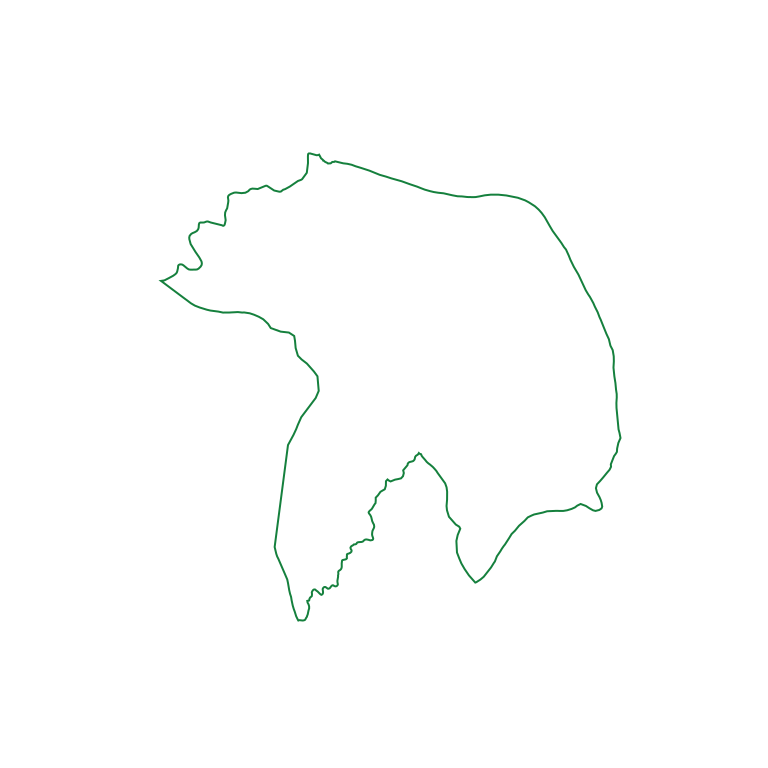 outline of Xieng Ngeun, Louangphrabang, Laos, rotated 132°
{"feature_id": "54806243B25944960154772", "entity_name": "Xieng Ngeun", "entity_type": "district", "adm_level": 2, "iso_a3": "LAO", "parent_name": "Laos", "parent_adm1": "Louangphrabang", "projection": "natural_earth1", "projection_center": [102.356, 19.612], "detail": "fine", "context": "isolated", "style": "outline", "palette": "green", "viewbox_px": 768, "rotation_deg": 132, "n_neighbors": 0, "source": "geoboundaries", "source_scale": "gbopen_adm2", "svg_char_len": 6166}
<svg xmlns="http://www.w3.org/2000/svg" viewBox="0 0 768 768"><g transform="rotate(132 384 384)"><path d="M456.6,618.7L453.2,581.4L452.3,577.0L450.5,572.2L447.4,565.5L445.6,562.2L441.0,555.5L438.7,551.5L434.7,547.1L428.3,540.7L425.8,537.2L424.4,535.8L421.3,531.1L419.5,527.0L417.8,522.0L416.7,517.0L416.9,510.3L418.2,505.6L414.2,495.8L409.4,489.1L408.4,482.9L411.4,479.1L416.4,473.7L420.6,466.9L420.9,461.7L420.4,455.0L421.6,444.4L422.8,438.6L432.8,427.9L440.1,425.4L464.0,423.3L472.0,420.7L476.2,419.1L482.4,417.2L493.6,414.5L578.3,356.2L582.3,350.4L583.7,347.9L584.5,345.8L590.9,331.8L594.0,325.1L596.2,322.1L600.7,316.4L602.8,313.4L604.4,310.6L606.5,308.0L609.7,303.6L611.6,300.5L612.8,298.2L615.4,293.8L616.9,290.1L617.1,289.4L616.9,289.3L616.2,289.0L614.3,286.3L613.4,285.5L612.5,285.0L611.9,284.9L611.2,285.0L610.2,285.3L608.4,285.6L608.0,285.9L606.3,286.5L602.9,288.5L600.8,289.5L599.3,290.9L598.2,292.7L598.0,293.4L597.6,294.5L596.5,295.9L596.2,295.7L595.3,294.9L594.9,294.8L594.5,295.0L593.8,295.5L593.0,295.8L592.1,296.0L590.1,295.7L589.7,295.9L588.3,296.9L587.2,298.2L586.5,298.5L585.7,298.7L584.3,298.8L583.7,298.6L583.2,298.2L582.8,297.6L582.8,295.8L582.6,294.6L582.8,291.1L582.7,289.9L582.6,289.5L581.7,289.1L580.7,289.2L579.7,289.8L579.2,290.3L577.5,292.3L576.8,292.6L576.1,292.7L575.4,292.7L574.6,292.3L574.1,291.7L573.9,290.8L573.8,289.5L573.7,288.8L573.4,288.4L572.4,287.8L571.9,287.7L569.5,287.9L568.2,287.7L567.8,287.3L567.5,286.8L567.4,285.7L566.9,284.7L566.0,284.0L565.4,283.9L564.7,283.9L564.2,284.0L563.7,284.3L562.4,286.0L561.5,286.9L560.1,287.8L559.3,288.3L557.9,289.2L557.1,290.0L555.7,290.8L554.4,292.2L553.7,292.5L552.9,292.5L551.4,292.1L550.8,292.1L550.1,292.1L549.5,292.3L548.7,292.7L548.1,293.1L545.6,295.4L543.6,296.8L543.2,297.0L542.7,297.0L542.3,296.8L539.9,295.1L539.1,294.9L538.5,294.9L538.2,295.0L537.4,296.0L536.5,296.5L535.9,297.2L535.4,297.5L534.8,297.5L533.5,296.7L532.0,296.1L530.5,296.0L529.6,296.5L529.3,296.9L529.1,297.3L528.9,298.2L528.4,299.0L528.1,299.4L527.1,299.7L526.3,299.7L524.4,299.1L523.3,299.0L522.7,298.3L521.7,297.7L521.3,297.6L519.9,297.8L519.5,297.7L518.5,297.0L516.4,295.0L515.6,294.5L515.2,294.3L513.3,294.2L512.3,293.9L511.4,293.2L511.1,292.8L510.2,291.3L509.5,289.8L509.0,289.2L508.0,288.5L507.6,288.2L507.1,288.2L506.6,288.3L506.1,288.6L505.5,289.5L504.6,291.2L503.7,292.3L501.8,293.7L500.8,294.3L497.7,295.2L496.7,295.7L496.3,296.1L495.3,297.3L494.6,299.2L493.8,301.0L491.6,304.2L491.2,304.9L490.6,306.5L490.2,308.6L489.8,309.4L489.3,309.7L487.8,309.8L485.7,309.5L484.7,309.5L479.8,310.5L478.2,310.6L476.2,312.1L474.0,314.1L470.9,314.0L466.4,314.5L461.7,313.0L458.4,314.5L454.9,317.5L452.6,317.5L452.5,315.7L452.0,313.9L447.7,311.8L445.2,309.9L442.7,308.2L439.8,308.2L436.9,309.7L435.3,312.0L428.9,312.2L428.2,312.4L427.6,312.9L426.8,313.1L426.1,313.1L425.1,312.9L422.7,311.3L421.8,310.8L421.1,310.7L420.2,310.7L419.6,310.8L417.2,312.1L415.9,312.2L413.8,311.6L412.0,311.9L412.1,311.2L411.9,310.5L411.4,309.7L411.5,309.2L412.1,308.1L412.4,306.7L412.9,302.5L413.3,300.2L413.3,297.9L413.1,296.2L413.0,293.2L413.0,291.8L413.3,288.9L413.6,286.8L414.2,284.7L416.9,272.1L418.9,268.4L421.8,265.0L427.8,259.7L432.8,255.9L435.7,252.7L439.2,246.9L440.4,236.6L439.7,232.6L440.5,230.5L446.9,228.2L452.2,225.2L460.4,217.0L463.2,211.5L465.6,206.4L467.6,200.2L469.4,192.8L470.5,183.3L469.6,182.8L464.8,181.5L460.5,180.9L448.7,181.7L443.1,182.7L441.8,182.8L436.5,184.8L430.5,185.6L427.5,186.2L424.3,186.6L422.4,186.7L414.9,187.9L410.1,188.8L405.4,188.5L399.0,188.8L391.9,188.0L386.9,187.9L383.2,186.4L380.6,185.2L373.2,179.9L369.4,177.6L363.0,171.1L360.5,168.2L358.2,165.7L355.3,163.4L351.3,161.0L347.9,159.5L345.1,159.0L341.6,157.6L339.5,152.3L338.9,148.3L338.0,144.2L336.8,141.9L333.5,139.7L330.9,139.1L329.1,139.8L326.7,142.8L325.2,145.3L323.9,148.1L322.2,153.0L319.6,156.8L316.1,158.6L311.5,158.5L306.9,158.6L300.8,158.9L296.8,159.0L293.6,159.9L291.9,161.7L283.6,164.8L280.6,165.1L278.6,165.5L275.9,167.6L271.0,170.4L265.9,172.1L262.8,176.2L260.8,179.3L246.2,195.2L242.6,198.6L238.3,202.0L235.7,204.4L233.0,207.7L228.4,212.7L224.1,218.0L218.3,224.4L213.3,228.4L209.7,231.8L205.8,236.7L204.0,241.4L200.2,246.9L197.9,252.3L194.4,259.5L191.2,266.0L190.1,268.6L187.7,273.2L185.4,279.1L183.8,282.6L181.5,289.2L180.8,292.1L179.3,296.9L172.6,312.7L169.9,321.3L166.9,328.7L165.0,332.5L162.3,338.7L161.8,341.9L160.5,346.5L157.4,361.1L155.7,366.5L152.5,376.1L151.4,381.2L150.9,385.7L150.9,390.7L152.1,398.0L153.1,402.0L156.0,409.1L162.0,419.2L166.7,425.6L171.7,431.2L176.4,435.4L180.6,438.5L183.9,441.1L186.2,443.6L189.3,447.2L192.3,451.4L195.3,455.0L198.1,459.6L202.4,467.3L205.6,471.7L208.0,475.4L209.9,478.9L212.3,483.8L213.8,487.7L215.2,491.5L218.2,498.4L221.5,506.5L226.3,516.2L228.5,521.2L231.4,527.1L235.2,537.6L238.9,545.9L241.2,550.8L242.7,554.7L244.9,558.6L247.3,562.0L251.3,569.4L252.2,569.6L253.6,571.0L255.4,571.2L256.1,571.6L257.1,572.7L257.6,573.1L257.6,573.9L258.3,576.3L258.4,577.2L258.3,578.0L258.7,578.7L258.3,579.4L258.4,581.8L257.3,584.7L257.0,585.7L257.7,585.9L259.1,587.2L262.1,593.2L263.1,594.2L264.0,594.2L265.7,592.9L270.7,588.3L278.7,582.7L286.6,581.9L287.9,582.3L290.7,583.8L300.3,586.1L305.4,587.9L307.1,588.9L310.0,589.4L311.1,590.4L312.0,592.0L313.7,595.1L314.8,602.3L315.1,603.8L315.9,604.6L323.6,608.3L325.0,610.2L326.8,612.5L328.1,613.4L329.4,613.9L331.5,613.9L334.6,615.0L337.5,617.6L340.7,622.1L342.1,623.4L345.1,624.9L346.9,625.5L348.2,625.6L349.6,625.0L351.8,622.4L353.3,621.3L358.4,618.1L360.6,617.6L362.8,616.8L365.0,615.1L368.2,611.3L370.4,610.0L372.3,609.0L373.4,609.0L374.1,609.4L374.5,610.7L379.9,620.8L381.1,623.7L382.2,624.7L384.2,625.7L385.2,626.6L387.0,628.6L388.0,628.9L389.2,628.4L391.9,626.3L393.5,625.6L395.6,625.5L397.8,626.2L400.1,627.3L401.6,627.7L403.9,627.6L405.4,626.8L406.6,625.6L409.4,621.3L412.0,612.5L413.5,606.1L415.0,601.7L416.1,600.2L417.5,599.2L419.5,598.8L422.4,599.0L424.0,599.6L425.1,600.6L428.5,604.3L429.4,605.6L429.8,607.4L430.0,612.5L430.3,613.9L431.0,615.0L432.0,615.9L433.0,616.2L433.8,616.1L436.0,614.5L438.7,613.0L440.0,612.5L441.8,612.5L444.6,613.1L449.4,614.8L453.9,616.5L456.6,618.7Z" fill="none" stroke="#15803d" stroke-width="2"/></g></svg>